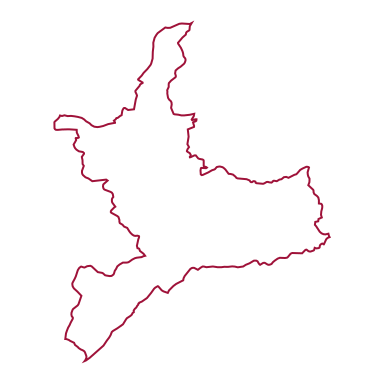 Anh Son, Nghệ An, Vietnam
{"feature_id": "81297802B23970425053168", "entity_name": "Anh Son", "entity_type": "district", "adm_level": 2, "iso_a3": "VNM", "parent_name": "Vietnam", "parent_adm1": "Nghệ An", "projection": "albers", "projection_center": [105.043, 18.967], "detail": "fine", "context": "isolated", "style": "outline", "palette": "rose", "viewbox_px": 384, "rotation_deg": 0, "n_neighbors": 0, "source": "geoboundaries", "source_scale": "gbopen_adm2", "svg_char_len": 5955}
<svg xmlns="http://www.w3.org/2000/svg" viewBox="0 0 384 384"><path d="M191.7,23.0L189.8,24.0L181.8,23.5L179.3,23.8L170.2,27.8L167.6,27.9L165.3,27.5L157.7,33.1L156.4,34.8L154.6,37.8L153.3,42.7L153.4,46.7L152.8,51.8L152.6,58.6L151.2,63.6L150.5,65.0L147.3,69.1L143.6,72.9L141.7,75.6L138.1,79.3L138.3,79.9L142.6,82.5L142.6,83.0L140.6,84.1L140.0,84.7L139.6,85.8L135.5,90.7L135.4,91.8L136.6,94.4L137.0,95.7L135.8,99.4L134.0,109.3L128.1,110.0L125.0,108.0L124.1,108.0L123.6,108.3L122.8,109.6L122.3,110.8L121.6,115.2L120.2,115.9L117.7,117.9L116.4,118.1L115.7,119.3L113.9,120.7L115.0,122.3L115.0,122.8L108.2,124.1L103.2,126.0L99.7,126.8L97.4,127.1L94.3,126.7L91.5,125.2L89.6,123.3L86.1,121.3L84.1,119.4L81.7,117.9L77.8,116.9L74.4,116.3L71.0,115.9L67.6,116.1L64.5,115.3L62.0,116.0L60.0,115.5L59.5,116.9L57.9,118.9L54.8,121.6L54.4,122.2L54.5,128.3L55.0,129.2L55.9,129.8L57.6,129.9L61.9,129.5L68.8,129.3L76.7,129.8L76.8,132.6L78.5,136.1L78.8,137.5L78.1,137.9L75.8,138.1L75.7,138.6L76.2,139.9L76.1,140.2L73.6,144.6L74.5,147.1L75.2,148.3L76.5,149.7L78.9,151.3L82.8,152.0L84.0,153.1L84.0,153.8L81.8,156.9L82.5,160.1L82.6,164.0L83.8,165.9L82.0,170.8L82.0,172.8L82.3,174.0L83.0,175.1L85.5,177.3L88.5,178.5L92.3,181.2L106.2,179.6L107.6,180.6L103.6,184.1L103.2,184.7L103.0,186.6L103.5,188.5L104.1,189.3L105.0,189.8L110.6,191.9L111.9,192.7L112.8,194.1L113.3,197.0L112.2,198.4L111.9,199.4L111.9,201.2L112.2,202.5L115.3,206.7L114.3,207.4L111.4,210.3L110.9,211.1L110.8,212.1L111.2,212.7L117.4,216.1L118.5,217.1L119.4,220.0L119.4,221.7L119.8,223.1L122.5,224.7L124.1,226.6L127.2,227.9L129.3,231.3L130.6,233.0L132.4,234.7L133.9,235.6L135.2,235.9L137.5,235.7L138.9,236.1L139.1,236.6L139.0,237.5L138.3,239.3L136.9,245.8L137.5,248.2L138.6,248.4L139.2,248.8L140.0,251.0L143.5,253.7L145.1,255.8L143.2,256.3L141.6,257.1L136.8,257.7L134.9,258.2L132.2,259.6L129.0,261.9L127.9,262.4L126.3,262.6L122.9,262.6L119.6,264.5L117.3,266.4L116.1,268.9L114.8,270.8L114.0,273.5L113.5,274.5L111.6,275.9L109.8,276.1L106.1,275.5L105.0,275.2L103.1,273.4L102.2,272.9L97.8,272.1L91.7,266.4L90.3,265.8L87.2,266.2L84.6,267.5L83.7,267.4L81.3,266.6L80.8,266.7L79.1,268.1L77.8,270.2L75.8,276.4L74.7,278.8L72.6,282.7L72.3,283.7L72.4,284.8L72.7,286.4L73.9,288.4L77.4,291.6L81.4,295.8L78.5,304.2L77.7,305.4L73.1,309.0L72.5,310.0L71.5,312.8L71.4,314.6L71.8,316.3L72.8,317.5L72.8,318.7L70.7,322.6L69.6,325.1L68.1,327.7L66.8,331.0L66.0,333.4L65.3,339.0L66.2,339.0L68.7,339.9L70.2,340.9L74.1,342.8L75.0,344.9L77.9,347.1L78.6,348.0L80.7,349.4L82.8,350.3L84.3,351.3L85.0,352.4L86.4,356.2L86.4,357.9L85.3,360.2L84.7,361.0L85.9,360.5L89.7,357.8L103.5,345.6L106.9,340.5L109.2,337.5L110.6,335.1L111.8,332.0L112.9,331.0L117.2,328.4L123.0,324.3L126.0,319.4L126.9,318.2L130.3,316.0L131.7,314.8L132.6,313.0L133.8,312.2L133.7,310.5L134.9,308.7L135.7,308.1L136.6,307.0L137.2,305.8L138.2,304.7L138.4,303.6L139.1,303.2L139.2,302.7L141.8,301.6L147.0,298.0L151.2,292.8L154.1,288.7L155.3,287.6L157.7,286.2L158.3,286.4L161.7,290.3L163.5,291.4L167.8,292.9L169.0,290.4L173.4,286.0L176.2,283.9L183.2,280.3L183.6,278.2L184.7,276.0L190.4,268.9L191.9,268.0L193.0,267.8L194.2,267.9L197.9,269.8L200.6,267.7L202.6,266.5L203.7,266.5L206.4,267.2L212.9,266.5L217.6,267.2L221.4,267.2L224.3,266.8L227.8,266.9L232.2,266.4L234.8,266.6L237.8,267.3L243.2,266.5L245.8,264.8L249.5,263.3L253.8,260.7L255.1,260.6L256.5,260.7L257.6,261.4L258.9,263.7L260.1,264.8L263.2,262.9L264.4,262.8L264.9,262.9L267.5,264.5L268.5,264.8L269.7,264.7L271.5,264.0L272.9,262.2L274.8,260.6L277.7,258.6L279.8,257.8L285.0,258.0L287.0,257.7L287.8,257.1L290.6,253.7L292.2,253.0L302.1,253.3L305.2,250.1L306.0,249.7L306.6,249.7L308.5,251.2L309.6,251.5L310.7,251.5L313.6,250.5L314.1,250.0L314.7,247.8L316.4,248.4L318.6,248.1L319.4,247.7L319.7,247.1L319.7,246.2L320.3,244.8L321.3,244.0L322.1,243.6L322.6,243.6L323.5,244.3L323.9,244.3L326.1,239.5L326.6,238.8L327.8,237.8L329.6,237.1L329.0,236.1L328.4,233.7L325.4,234.4L323.5,234.2L321.5,233.3L319.7,231.7L316.2,226.3L314.9,224.8L315.3,221.9L318.2,221.3L318.5,219.0L321.8,217.5L321.0,214.9L321.3,211.4L322.2,208.0L322.3,205.9L321.8,204.4L321.1,203.8L318.9,203.5L318.9,200.1L318.3,197.5L317.0,196.0L314.3,194.0L313.6,192.4L313.5,190.6L313.2,189.8L308.3,185.2L309.4,182.2L309.5,179.9L309.5,178.6L308.3,176.5L307.8,174.6L307.6,172.3L309.0,167.5L308.6,167.1L307.4,166.8L306.3,166.8L302.6,168.5L300.2,169.9L297.0,173.6L296.2,174.3L294.4,174.8L288.5,177.8L286.2,176.9L283.9,177.2L281.5,179.2L279.4,179.6L276.8,181.2L273.9,180.7L272.7,181.3L272.4,182.0L271.5,182.6L269.1,182.3L267.9,181.9L266.6,182.0L264.4,183.3L263.1,183.8L256.5,183.2L255.7,182.8L255.4,181.6L254.2,181.2L253.3,181.2L252.1,182.1L251.0,182.1L250.5,181.8L249.5,180.4L246.6,179.2L237.6,178.4L236.4,177.9L235.5,176.7L233.0,174.6L230.7,174.0L228.6,173.8L225.4,169.5L224.0,168.2L222.6,167.2L219.9,166.5L218.2,166.7L216.7,167.1L215.0,169.1L214.3,169.5L211.9,170.3L208.3,172.4L202.8,174.9L201.7,175.1L200.8,174.4L200.5,170.5L200.9,168.2L201.4,167.9L206.0,168.2L206.9,167.6L206.3,167.1L204.0,166.4L203.7,166.0L203.7,160.7L203.4,160.0L202.6,159.5L199.4,158.9L198.2,158.4L195.8,155.4L194.4,155.4L190.6,157.2L189.9,157.3L189.8,156.9L190.7,155.7L190.7,154.8L189.7,153.1L187.5,151.8L186.9,151.2L186.9,150.9L187.6,149.1L189.0,147.1L187.4,144.2L188.6,136.7L187.8,129.4L194.0,126.9L194.1,126.0L193.0,122.3L195.8,121.2L196.3,120.7L196.5,119.3L196.0,119.2L192.4,120.0L192.0,120.0L191.7,119.5L193.8,116.1L194.2,113.8L189.6,114.8L184.2,115.4L181.4,115.4L178.3,114.7L174.5,114.3L173.6,113.9L171.1,107.9L171.7,104.5L171.5,102.4L170.7,101.0L169.3,99.8L168.3,98.3L168.0,97.6L167.3,93.6L167.4,91.7L167.2,90.2L168.7,87.0L168.7,84.1L168.9,83.1L171.1,80.6L175.4,77.3L175.8,76.7L175.8,75.7L175.1,73.4L175.6,70.5L178.1,68.3L180.6,66.7L184.0,63.8L184.8,62.6L185.5,60.6L185.5,59.3L185.2,58.4L183.8,56.7L183.4,55.8L183.1,53.3L182.5,51.3L180.9,47.8L178.1,43.6L178.0,42.8L182.5,37.5L185.8,34.6L186.1,32.9L186.7,31.9L189.0,30.5L189.5,29.9L189.8,26.2L191.7,23.0Z" fill="none" stroke="#9f1239" stroke-width="2"/></svg>